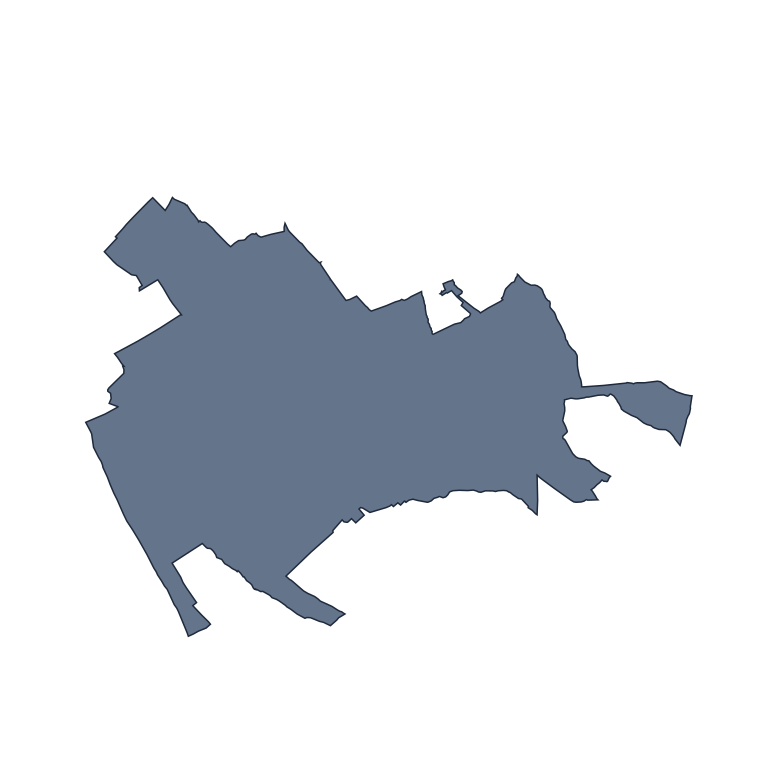 Suletea, Vaslui, Romania (Mercator projection), rotated 169°
{"feature_id": "2599482B74545700533017", "entity_name": "Suletea", "entity_type": "district", "adm_level": 2, "iso_a3": "ROU", "parent_name": "Romania", "parent_adm1": "Vaslui", "projection": "mercator", "projection_center": [27.899, 46.299], "detail": "fine", "context": "isolated", "style": "filled", "palette": "slate", "viewbox_px": 768, "rotation_deg": 169, "n_neighbors": 0, "source": "geoboundaries", "source_scale": "gbopen_adm2", "svg_char_len": 6148}
<svg xmlns="http://www.w3.org/2000/svg" viewBox="0 0 768 768"><g transform="rotate(169 384 384)"><path d="M619.5,579.8L618.2,578.2L633.3,567.2L626.1,555.7L623.4,552.0L611.0,539.4L606.4,537.7L602.6,526.9L605.9,525.3L606.3,522.1L586.2,529.5L582.5,520.6L578.1,507.9L576.1,503.2L569.6,490.5L570.8,490.6L593.1,481.7L604.7,477.5L617.6,473.0L642.7,465.2L640.5,461.0L637.7,454.3L635.9,451.0L637.1,451.3L636.5,447.7L637.4,444.1L654.8,432.6L656.3,431.0L656.5,429.5L654.2,427.1L654.6,421.8L657.5,417.4L649.5,412.5L649.8,412.1L663.6,407.7L684.1,403.3L681.0,393.1L680.5,390.8L681.2,377.2L678.1,366.3L676.4,361.9L675.8,358.3L675.8,355.6L673.3,345.5L672.0,337.7L670.0,328.3L668.1,321.6L664.6,306.1L662.6,298.5L658.6,288.8L654.5,277.7L649.1,261.5L645.1,247.4L643.4,243.0L642.7,239.9L639.8,232.8L638.1,227.7L636.0,223.8L632.0,207.4L630.2,203.5L629.3,200.2L624.7,177.3L624.2,173.7L619.1,174.9L613.3,176.8L605.1,178.4L600.2,181.3L601.7,184.1L607.1,192.0L614.0,202.9L609.7,205.2L616.8,221.4L619.2,227.5L620.4,233.2L626.2,248.6L592.8,262.1L589.5,257.2L588.5,256.4L585.8,255.6L584.6,254.2L583.4,252.4L581.7,248.5L581.3,245.6L576.8,242.8L574.7,238.1L570.8,234.7L568.1,231.7L565.0,229.3L563.9,227.8L562.9,228.6L560.9,225.6L559.0,221.5L558.3,221.5L557.9,220.9L556.4,217.2L553.8,214.5L552.2,212.3L551.2,208.7L550.3,207.2L549.5,207.4L549.2,206.7L548.6,206.3L548.2,206.6L544.7,203.8L542.5,203.5L537.0,198.9L536.0,197.8L534.7,195.6L530.6,193.1L528.1,190.9L523.0,185.5L521.8,183.7L518.7,180.9L513.0,174.6L506.3,169.1L504.3,169.5L500.7,168.6L492.6,163.3L488.9,161.6L482.7,157.0L475.2,161.4L473.3,163.1L466.2,165.7L468.0,167.3L469.0,168.5L470.5,169.2L472.5,170.8L477.6,175.7L487.9,183.0L489.7,185.5L492.6,188.6L498.9,193.1L502.5,196.3L510.8,206.9L512.7,209.2L513.9,210.1L516.9,214.1L487.8,232.9L462.3,248.0L462.2,249.9L451.0,258.6L449.6,256.3L446.7,255.3L445.7,255.4L441.6,258.0L438.2,253.1L428.5,259.0L432.4,266.1L430.5,267.2L428.4,266.1L422.3,260.6L405.3,262.3L401.6,263.1L399.7,264.1L398.1,261.9L393.1,264.7L390.8,262.0L386.4,265.1L385.9,264.9L385.6,264.2L385.2,264.3L384.9,263.7L381.6,265.2L377.6,265.4L373.5,263.4L364.2,259.7L363.2,259.6L359.9,260.3L356.8,262.2L352.6,262.6L351.6,263.0L350.8,262.9L347.8,261.1L345.0,261.4L342.6,263.0L340.5,265.2L339.8,265.6L336.7,266.1L330.4,265.3L322.0,263.4L316.5,262.8L313.4,261.2L311.9,260.0L309.5,259.2L304.9,259.8L297.3,258.2L295.1,257.2L292.5,257.4L287.2,256.8L283.9,255.8L282.2,254.2L280.8,253.4L278.6,250.7L273.8,245.9L271.2,245.0L270.7,244.5L265.6,236.4L266.1,235.1L262.6,231.7L259.9,227.6L258.7,226.4L255.4,240.4L251.1,265.3L248.4,261.8L237.0,249.3L223.2,234.8L220.3,232.1L218.1,231.3L213.1,230.6L210.2,230.8L207.4,231.9L206.2,231.1L196.1,229.5L197.0,231.0L197.8,233.7L199.9,239.0L200.9,240.6L197.3,242.3L194.2,244.5L191.2,246.0L188.3,248.2L186.7,246.5L184.8,246.1L183.8,245.6L183.0,246.0L180.8,249.0L179.2,250.2L184.2,254.5L188.2,257.0L194.0,263.6L195.8,266.2L197.5,269.5L199.4,270.2L201.2,271.8L207.3,274.0L209.6,275.9L212.1,279.7L216.9,294.3L217.7,295.6L218.3,295.8L218.7,296.5L218.6,298.1L218.2,298.8L213.7,301.6L213.1,302.6L213.9,307.7L215.5,313.7L215.4,314.3L211.7,323.1L211.1,326.4L211.0,330.5L210.2,332.1L209.9,334.0L203.2,334.4L198.6,332.8L196.9,332.5L190.0,332.2L187.6,332.5L185.8,332.1L175.9,332.1L170.3,331.3L167.0,329.4L166.0,329.6L164.0,330.9L163.4,330.9L160.7,328.4L158.4,323.6L158.2,322.2L157.2,320.2L155.9,316.2L155.8,314.2L153.7,311.6L147.1,306.0L142.1,302.7L136.6,296.3L133.7,294.1L129.7,292.1L128.2,290.3L127.0,289.3L122.7,286.9L116.1,285.4L114.5,284.0L112.5,282.0L111.0,279.5L109.6,276.9L108.8,274.5L105.1,267.3L94.9,288.4L93.9,291.3L91.3,295.1L90.6,295.7L89.6,297.3L87.8,301.6L87.7,303.1L83.9,313.7L85.6,314.1L91.0,316.3L98.7,320.7L100.9,322.9L104.9,325.4L107.0,328.2L112.0,333.4L115.0,334.6L128.1,335.5L135.2,336.9L137.2,337.0L139.0,336.6L140.6,337.5L145.1,339.0L146.1,338.7L168.9,340.7L188.5,343.1L190.6,343.6L190.2,345.1L190.0,349.0L190.1,351.1L190.8,354.6L190.8,362.2L190.6,365.3L189.1,374.1L189.1,375.4L190.3,379.3L192.8,382.5L195.0,386.6L195.6,388.3L195.9,390.9L196.9,392.7L197.1,393.5L197.1,398.2L199.4,407.4L202.0,415.0L202.5,419.1L203.1,421.7L206.3,427.3L206.3,428.7L205.5,431.4L205.6,433.5L207.3,434.8L209.1,438.0L209.3,439.6L210.1,442.2L210.5,445.2L210.9,446.7L211.8,448.2L214.7,451.1L217.0,452.3L220.8,452.9L226.3,457.3L230.2,463.2L231.2,465.2L232.1,466.2L232.7,464.5L234.3,463.1L236.5,459.5L239.5,458.9L246.2,454.3L247.4,452.7L250.2,447.5L251.2,446.4L252.0,446.0L252.3,445.5L251.3,444.0L254.1,442.8L267.0,438.8L275.8,435.4L276.9,437.1L281.2,441.2L294.4,456.5L290.3,458.3L289.6,459.9L290.6,461.5L293.5,464.3L295.1,467.1L296.1,468.0L295.7,470.3L296.4,471.4L296.7,473.1L298.4,472.5L301.2,472.3L306.9,471.1L306.4,467.3L305.7,464.7L308.3,464.0L309.0,463.1L309.9,463.0L310.0,463.5L310.6,462.5L311.8,461.9L310.5,461.1L310.0,459.9L305.2,461.8L304.6,461.2L299.9,462.8L295.9,455.8L290.8,448.9L293.2,446.3L286.3,437.5L285.7,436.6L285.8,436.0L287.3,434.0L292.5,432.7L293.8,431.6L296.9,429.6L303.5,429.3L326.2,423.4L327.0,424.0L327.1,425.3L326.7,426.3L327.3,428.0L327.1,429.7L327.9,431.1L328.1,434.0L329.0,436.3L328.4,438.3L328.3,439.5L329.0,441.2L328.8,442.2L329.3,443.7L329.1,449.7L328.6,453.3L328.9,454.1L329.1,456.8L328.8,457.6L329.1,458.1L329.0,458.6L329.1,461.3L329.8,464.4L329.5,467.6L340.8,464.6L344.9,462.9L348.2,462.2L350.5,463.7L352.3,462.9L357.4,462.4L366.9,460.4L382.6,458.0L384.3,459.8L385.7,462.4L387.3,464.3L394.1,475.5L401.5,473.5L405.4,473.3L416.4,496.7L416.8,496.7L416.7,497.5L423.3,513.2L423.3,515.1L422.8,515.6L424.5,515.4L434.1,530.0L437.7,537.2L439.8,539.4L447.6,551.3L448.6,553.3L450.5,560.6L452.1,557.0L452.7,553.9L452.7,553.1L453.3,552.8L466.3,552.5L476.7,551.6L479.3,553.6L480.8,556.4L482.2,555.7L483.9,556.4L484.9,556.5L485.7,556.4L490.1,554.4L492.6,552.4L494.2,552.0L499.4,552.5L503.6,550.8L508.3,548.0L510.8,551.1L520.0,565.0L522.6,569.6L526.2,574.3L528.0,576.3L529.2,577.1L531.2,577.3L532.5,577.9L533.5,579.4L535.0,578.5L535.3,580.2L538.4,586.6L540.2,589.3L543.3,597.2L544.0,597.1L545.1,598.9L554.5,605.3L556.1,607.5L560.7,601.4L565.7,596.1L575.5,611.0L580.6,607.8L598.9,595.2L606.7,589.6L610.7,586.3L619.5,579.8Z" fill="#64748b" stroke="#1e293b" stroke-width="1.5"/></g></svg>